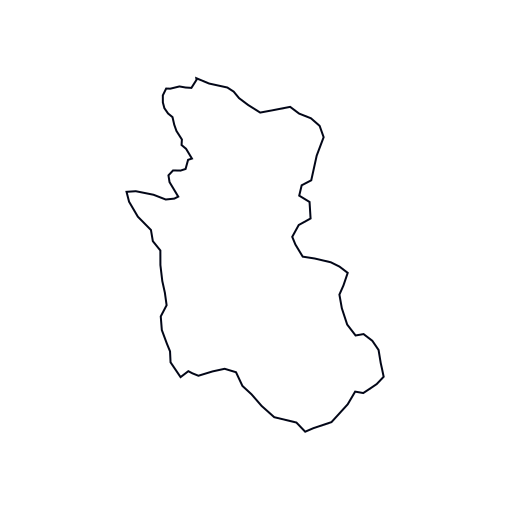 outline of Kato Akourdaleia, Paphos, Cyprus, rotated 309°
{"feature_id": "46923920B67366581687335", "entity_name": "Kato Akourdaleia", "entity_type": "district", "adm_level": 2, "iso_a3": "CYP", "parent_name": "Cyprus", "parent_adm1": "Paphos", "projection": "albers", "projection_center": [32.457, 34.959], "detail": "fine", "context": "isolated", "style": "outline", "palette": "ink", "viewbox_px": 512, "rotation_deg": 309, "n_neighbors": 0, "source": "geoboundaries", "source_scale": "gbopen_adm2", "svg_char_len": 1404}
<svg xmlns="http://www.w3.org/2000/svg" viewBox="0 0 512 512"><g transform="rotate(309 256 256)"><path d="M263.6,137.2L259.0,142.3L253.2,158.2L249.2,156.4L243.1,150.3L239.1,137.8L230.7,121.8L224.4,115.0L218.3,123.2L212.2,139.4L210.1,158.0L202.6,166.5L200.1,178.2L188.8,187.4L177.6,198.9L170.1,208.3L161.5,217.5L149.1,220.0L139.2,229.4L131.8,241.9L127.8,249.2L119.6,256.5L114.4,273.6L123.9,275.9L124.8,280.4L126.7,286.6L139.0,294.9L148.6,302.6L153.1,313.6L146.5,327.2L145.7,339.5L143.0,354.8L142.2,371.6L152.0,392.2L150.4,404.8L158.4,409.0L174.4,419.2L198.4,420.6L213.0,418.4L217.0,425.6L225.5,428.3L232.4,430.4L242.5,431.2L247.8,424.7L251.3,420.3L260.1,410.4L263.2,400.1L263.3,399.7L263.0,388.7L256.9,383.4L260.1,370.0L269.4,355.6L278.5,345.1L288.1,342.5L300.6,337.9L300.3,327.5L298.2,318.1L291.0,303.2L284.9,292.7L289.7,279.4L293.7,272.1L307.0,269.7L319.5,274.8L331.7,263.6L330.1,251.6L339.7,247.0L349.6,251.3L372.2,240.0L390.9,233.8L397.1,223.7L397.2,223.2L397.6,212.0L393.8,199.9L393.4,188.7L380.9,178.2L370.1,169.0L368.4,154.8L368.0,143.5L369.7,135.2L368.9,127.7L360.5,111.0L356.6,97.7L355.5,98.9L346.0,100.0L342.6,95.2L339.6,89.8L332.1,84.1L329.6,80.8L322.2,82.5L316.7,87.0L313.2,91.8L311.4,98.0L311.4,103.7L306.6,109.8L303.1,115.5L299.9,125.1L295.4,128.3L295.3,134.2L291.4,144.9L288.0,142.7L279.3,146.5L274.9,143.6L270.3,137.7L263.6,137.2Z" fill="none" stroke="#020617" stroke-width="2"/></g></svg>